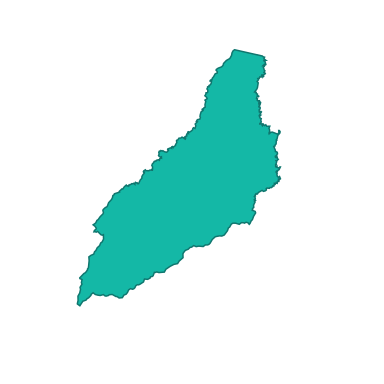 Florencia, Caquetá, Colombia, rotated 208°
{"feature_id": "7082276B38105968828187", "entity_name": "Florencia", "entity_type": "district", "adm_level": 2, "iso_a3": "COL", "parent_name": "Colombia", "parent_adm1": "Caquetá", "projection": "robinson", "projection_center": [-75.56, 1.758], "detail": "fine", "context": "isolated", "style": "filled", "palette": "teal", "viewbox_px": 384, "rotation_deg": 208, "n_neighbors": 0, "source": "geoboundaries", "source_scale": "gbopen_adm2", "svg_char_len": 6095}
<svg xmlns="http://www.w3.org/2000/svg" viewBox="0 0 384 384"><g transform="rotate(208 192 192)"><path d="M244.5,188.1L244.5,187.1L244.0,186.7L243.3,187.1L243.0,186.4L243.5,183.7L243.5,182.2L242.7,180.4L243.3,178.6L243.1,174.3L244.0,173.8L244.8,174.4L245.5,173.9L246.5,174.0L246.6,173.1L246.0,171.9L247.6,172.3L248.1,171.5L249.1,171.1L249.4,170.2L250.3,169.4L250.3,168.9L250.9,168.7L250.7,167.5L251.3,167.7L252.0,166.8L253.3,167.3L254.2,164.9L254.5,162.1L255.3,161.9L256.5,158.4L255.9,157.9L259.7,154.0L259.5,153.2L260.2,151.6L259.6,149.8L259.5,147.7L260.6,143.4L260.1,139.8L260.3,138.7L261.2,137.7L262.2,134.8L262.0,133.8L260.5,132.2L260.3,131.0L261.5,127.1L261.9,123.6L262.6,122.3L262.5,119.4L263.9,116.6L261.6,116.2L259.5,115.1L259.3,114.2L260.1,112.2L259.9,110.8L259.0,111.4L257.7,111.6L256.8,112.9L252.3,111.5L250.9,111.8L250.2,112.7L248.0,108.9L247.9,105.7L248.7,104.1L248.4,101.3L249.5,98.3L249.4,95.2L250.0,93.5L249.6,91.0L251.5,88.6L252.6,86.3L250.6,83.1L247.9,76.5L248.1,74.9L247.7,74.2L248.2,70.8L249.2,69.2L250.8,63.5L250.3,62.9L248.0,63.1L247.1,60.0L245.9,59.0L246.1,55.3L244.7,53.6L243.7,50.0L243.8,46.5L241.6,42.6L240.9,39.8L240.6,39.3L237.6,38.9L237.1,44.3L234.8,46.8L234.6,48.5L233.6,50.0L232.7,53.3L233.0,54.3L232.0,56.6L229.3,56.1L226.8,56.7L224.5,57.5L222.1,59.8L220.0,59.4L218.9,59.8L217.2,61.4L216.8,62.5L214.3,64.1L210.1,64.0L209.1,64.5L206.6,64.2L203.9,66.0L203.7,69.1L202.2,70.8L201.8,73.0L202.0,75.8L200.9,77.8L198.9,78.2L198.0,79.1L197.5,80.6L197.6,83.0L196.8,84.4L195.5,85.0L194.6,86.2L192.6,89.8L193.1,92.8L190.1,94.1L188.6,96.3L188.8,97.7L187.4,98.8L187.0,99.8L187.5,103.4L186.6,103.7L185.6,104.9L183.4,105.3L178.8,108.3L178.8,111.5L176.4,116.1L174.0,119.6L171.1,122.0L170.9,125.0L169.1,129.8L171.0,133.2L171.0,134.4L170.5,137.3L168.4,139.8L167.8,142.0L166.4,143.2L165.3,145.5L162.7,145.7L160.6,147.4L156.5,149.1L155.4,151.5L153.5,152.5L152.5,153.6L152.0,155.2L151.8,159.7L150.4,163.5L147.1,166.2L145.0,167.1L143.3,169.2L142.5,174.5L143.0,177.4L142.3,178.6L142.2,182.1L141.3,183.6L139.0,184.9L135.1,185.7L133.9,188.2L131.9,189.1L131.1,189.1L130.0,190.7L128.1,191.1L126.3,190.3L126.0,191.4L126.2,194.2L125.7,195.9L126.2,199.5L126.0,203.4L127.1,204.5L130.3,204.2L130.3,205.1L130.8,205.9L130.2,207.3L131.5,209.4L131.6,212.7L132.5,213.2L132.0,214.3L133.3,214.4L132.8,215.6L134.1,217.2L134.8,217.2L134.8,217.9L134.2,218.3L134.8,219.1L134.8,220.2L134.6,220.7L133.8,220.5L133.3,221.0L133.2,222.7L130.9,226.3L129.2,226.1L127.7,227.6L127.3,228.7L128.1,229.9L127.6,230.7L125.4,231.6L125.2,232.6L124.0,233.1L123.2,234.8L123.6,235.0L123.5,235.5L122.5,235.9L123.3,238.2L122.2,238.0L122.3,238.9L121.7,239.2L121.9,240.0L120.9,239.8L121.3,241.9L120.3,242.2L120.5,242.8L121.8,243.9L121.4,244.4L120.5,244.3L120.1,245.2L122.0,246.8L122.6,245.6L123.9,245.8L125.4,247.5L125.4,248.2L126.2,248.5L126.2,249.7L127.2,249.3L127.2,250.0L125.6,252.6L125.7,255.6L126.2,255.4L126.3,254.0L128.4,253.7L129.1,254.7L129.5,253.6L130.0,253.6L131.0,255.4L130.5,255.9L131.1,256.5L131.4,258.4L132.5,259.1L131.7,259.5L131.2,261.4L132.4,261.6L133.1,262.8L134.3,261.8L135.0,262.1L135.2,263.0L134.4,263.2L134.3,264.2L134.7,264.9L134.4,265.8L135.2,266.9L135.7,267.2L137.4,266.9L138.0,268.0L141.2,270.6L140.3,271.6L140.7,272.6L140.3,273.9L141.7,276.9L141.4,277.5L142.1,277.9L141.8,278.7L142.8,282.2L142.1,285.3L142.5,286.6L143.7,287.3L144.3,287.0L143.1,285.2L143.6,283.3L149.2,282.6L150.4,281.7L151.2,279.6L151.7,280.2L151.9,282.0L153.0,283.7L153.9,284.2L154.2,286.6L156.9,285.1L158.4,286.0L159.1,284.7L160.5,285.2L160.9,283.5L161.5,283.9L161.6,285.3L164.1,283.9L164.3,284.4L163.7,285.5L163.8,286.5L165.0,287.7L165.3,289.3L166.5,289.2L167.9,290.3L167.4,292.0L168.5,291.5L168.3,295.3L169.1,295.5L169.5,294.3L170.1,294.2L171.3,296.1L170.9,297.3L171.3,298.3L171.7,298.8L172.6,298.4L173.1,298.8L172.9,300.9L173.4,303.2L173.8,303.5L174.2,303.0L173.5,301.3L173.8,300.7L174.7,301.7L175.4,304.2L176.8,303.4L177.6,303.7L178.0,305.0L179.0,305.0L179.3,307.1L178.0,307.4L178.0,307.9L179.7,308.1L180.2,309.2L181.5,309.1L182.1,310.1L183.7,309.7L183.1,312.9L183.2,314.8L184.8,319.5L186.4,320.1L186.0,322.4L187.1,323.1L186.0,323.9L186.2,325.4L185.3,325.8L185.2,326.7L184.2,326.4L185.2,328.3L184.5,328.5L183.9,326.9L183.2,327.2L183.0,327.8L183.9,329.0L182.8,330.9L183.3,331.3L184.6,331.3L184.5,333.2L185.6,333.6L186.6,334.8L187.5,335.4L187.6,336.1L187.1,336.9L187.3,337.3L188.7,336.7L188.1,338.7L186.8,338.7L186.6,339.2L188.8,341.5L190.2,341.6L190.1,342.3L188.7,343.0L191.1,343.4L191.2,345.1L192.7,344.8L193.7,345.1L221.2,337.6L222.0,336.0L222.0,333.7L221.2,331.1L221.3,327.6L223.4,324.3L224.5,320.3L224.0,318.4L224.6,316.4L227.0,313.7L228.1,311.6L227.9,310.8L226.2,310.2L225.6,308.9L227.0,307.3L227.1,303.6L227.5,301.9L227.1,300.6L228.0,299.8L228.3,298.9L228.0,298.4L226.9,299.3L226.1,297.1L226.1,295.4L227.0,294.0L226.4,293.0L227.6,292.2L227.2,291.2L227.2,290.0L225.9,289.5L225.0,287.6L225.2,286.8L226.2,286.2L225.7,284.8L225.8,283.0L223.6,282.5L222.4,281.5L223.7,279.2L222.4,278.5L221.6,275.3L220.2,273.1L221.0,272.0L220.9,270.7L221.8,270.2L221.7,269.5L220.9,269.6L220.5,269.1L221.6,267.0L221.0,264.1L220.4,262.4L219.6,261.8L219.3,260.0L221.2,258.4L221.3,256.4L220.3,256.5L221.1,253.5L219.7,252.2L219.2,249.5L220.8,249.5L221.1,248.6L220.7,247.1L221.1,245.8L222.5,243.4L223.4,243.6L223.8,243.2L223.7,242.5L222.6,241.8L223.7,241.2L223.7,240.0L222.9,239.1L223.9,238.1L224.3,237.0L222.9,236.7L222.8,235.5L226.6,235.8L227.2,234.4L228.8,233.4L229.0,231.2L229.7,230.7L229.8,230.0L228.6,228.5L228.8,226.1L228.4,225.3L229.4,223.4L229.4,222.5L230.6,223.0L231.1,222.3L230.4,221.0L231.7,220.9L233.6,218.6L233.4,218.0L232.8,218.2L232.3,217.6L233.0,215.2L235.3,214.6L237.1,214.8L237.4,214.2L239.0,214.0L239.1,213.0L240.0,212.8L240.0,211.5L238.8,210.0L238.7,208.5L237.6,208.0L235.8,208.2L235.5,208.7L234.9,207.7L235.6,207.7L235.5,207.1L236.1,206.5L235.7,204.7L236.7,204.8L238.3,203.3L238.4,202.2L239.0,202.1L239.8,201.1L239.6,200.2L240.2,198.1L239.9,196.5L238.7,195.8L237.8,194.1L238.2,192.9L237.4,193.2L237.2,192.6L239.5,191.6L240.0,190.6L242.7,189.2L243.6,189.7L244.5,188.1Z" fill="#14b8a6" stroke="#0f766e" stroke-width="1.5"/></g></svg>